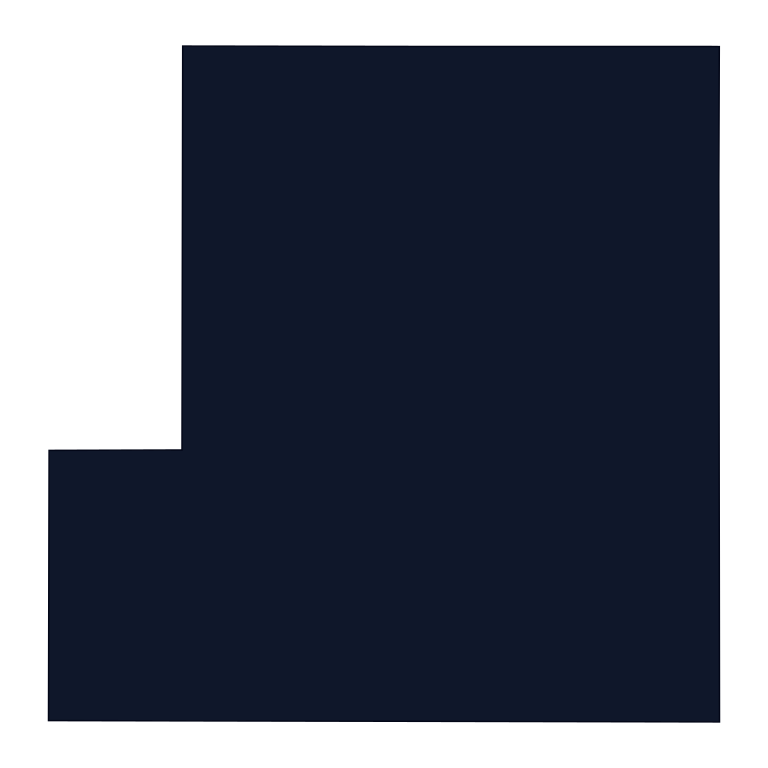 Stafford, Kansas, United States of America
{"feature_id": "52423323B77202470404370", "entity_name": "Stafford", "entity_type": "district", "adm_level": 2, "iso_a3": "USA", "parent_name": "United States of America", "parent_adm1": "Kansas", "projection": "mercator", "projection_center": [-98.772, 38.043], "detail": "fine", "context": "isolated", "style": "filled", "palette": "ink", "viewbox_px": 768, "rotation_deg": 0, "n_neighbors": 0, "source": "geoboundaries", "source_scale": "gbopen_adm2", "svg_char_len": 256}
<svg xmlns="http://www.w3.org/2000/svg" viewBox="0 0 768 768"><path d="M59.9,720.6L719.5,721.9L718.8,183.1L719.3,46.6L710.2,46.5L440.9,46.5L182.7,46.1L182.0,450.0L49.1,450.4L48.5,720.6L59.9,720.6Z" fill="#0f172a" stroke="#020617" stroke-width="1.5"/></svg>